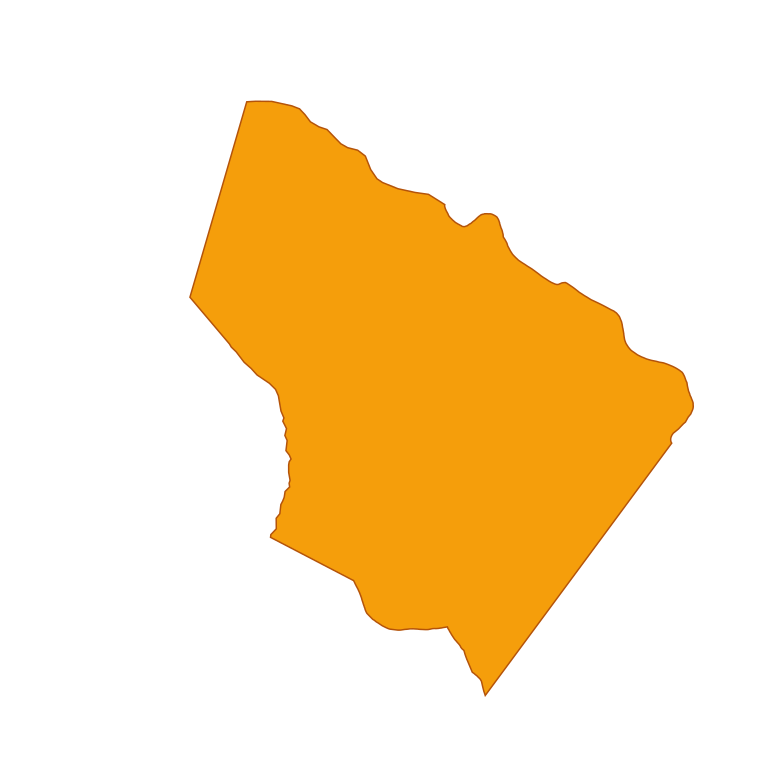 Ponyon, Choiseul, Saint Lucia (Mercator projection), rotated 304°
{"feature_id": "8701671B8071500438377", "entity_name": "Ponyon", "entity_type": "district", "adm_level": 2, "iso_a3": "LCA", "parent_name": "Saint Lucia", "parent_adm1": "Choiseul", "projection": "mercator", "projection_center": [-61.043, 13.797], "detail": "fine", "context": "isolated", "style": "filled", "palette": "amber", "viewbox_px": 768, "rotation_deg": 304, "n_neighbors": 0, "source": "geoboundaries", "source_scale": "gbopen_adm2", "svg_char_len": 5667}
<svg xmlns="http://www.w3.org/2000/svg" viewBox="0 0 768 768"><g transform="rotate(304 384 384)"><path d="M566.7,334.1L566.1,314.8L563.5,309.5L560.2,302.7L553.7,286.4L553.1,283.6L550.2,270.1L550.2,263.4L554.3,253.1L562.5,241.1L563.1,231.4L560.0,222.8L559.6,221.7L559.0,213.9L560.6,206.1L561.4,202.4L563.1,194.5L561.1,187.3L560.8,186.1L560.2,176.4L561.7,172.0L563.1,167.9L564.2,163.0L564.9,160.1L564.3,157.6L563.1,152.2L555.5,132.9L550.2,124.9L546.7,119.6L543.6,115.5L541.2,112.4L347.4,174.6L330.8,233.4L329.2,236.8L328.0,243.5L323.8,255.9L322.6,265.2L320.5,273.7L320.5,288.6L318.9,297.1L315.2,303.0L304.0,313.7L299.9,320.0L296.6,320.9L292.5,328.1L285.9,330.6L283.0,335.3L273.9,340.0L272.2,345.1L269.8,348.9L266.5,348.9L263.6,350.2L257.4,354.4L251.6,360.0L248.7,360.8L245.8,363.4L245.2,363.2L239.6,362.1L234.3,364.6L230.2,365.5L226.4,365.9L218.2,370.2L212.4,369.7L203.7,375.7L195.9,374.4L193.4,375.7L204.0,468.8L203.1,470.4L202.6,471.2L202.2,471.9L201.7,472.7L201.3,473.6L200.9,474.1L200.7,474.6L200.1,475.7L199.6,476.7L199.2,477.4L198.4,478.6L198.1,479.2L197.0,480.9L196.4,481.7L195.3,483.3L194.8,483.9L194.3,484.7L193.4,485.7L192.8,486.4L192.3,487.0L191.2,488.5L190.1,489.8L189.2,491.0L188.8,491.6L188.1,492.4L187.4,493.5L186.8,494.1L185.9,495.3L185.1,496.6L184.6,497.5L184.3,498.1L183.9,499.9L182.9,504.7L182.6,506.2L182.7,508.2L182.5,510.1L182.5,511.2L182.6,512.4L182.6,513.6L182.6,515.2L182.6,516.9L182.6,517.8L182.8,519.2L183.0,520.8L183.2,522.2L183.4,523.2L183.6,524.4L184.0,525.8L187.5,532.7L187.9,533.4L188.8,534.7L189.4,535.5L192.3,538.6L193.3,539.9L194.4,541.2L195.3,542.2L195.7,542.7L196.3,543.6L197.3,545.0L198.1,546.4L199.6,548.9L200.4,550.5L203.8,556.1L205.1,557.9L206.7,559.5L208.2,560.9L209.4,562.4L210.3,563.9L211.9,565.9L212.8,566.8L214.1,568.3L214.8,568.9L218.1,572.4L217.1,573.7L216.4,575.4L215.7,576.6L215.3,577.4L214.7,578.8L214.1,579.9L213.6,581.1L213.0,582.5L212.3,584.2L212.0,584.9L211.6,586.2L211.3,587.5L210.9,588.8L210.5,590.4L210.2,591.6L209.8,592.8L209.5,593.6L208.8,594.7L208.2,596.3L208.1,596.8L208.0,597.5L207.8,599.2L207.2,600.0L205.4,602.1L204.5,603.3L203.5,604.6L203.0,605.4L202.2,606.4L201.6,607.4L194.4,618.4L194.4,620.5L194.1,622.5L194.1,623.8L193.7,625.6L193.5,626.9L193.2,628.2L193.1,628.9L192.7,629.6L192.3,630.6L191.4,631.7L188.3,635.0L187.4,636.0L185.0,638.7L184.4,639.5L183.5,640.7L182.4,642.1L495.9,655.6L496.1,655.0L497.0,653.7L498.7,652.4L500.1,651.8L502.4,651.3L504.9,651.3L507.8,652.2L511.5,653.3L514.6,653.8L518.6,654.5L521.0,655.2L526.5,654.7L530.6,655.1L533.3,654.6L535.4,654.2L536.9,653.7L538.4,652.9L539.8,651.8L541.1,650.9L542.4,649.3L543.7,647.3L544.6,646.1L545.8,644.0L546.8,642.9L548.4,640.5L551.4,637.3L552.3,636.4L554.5,634.4L555.7,632.4L558.3,628.9L559.7,626.4L560.4,624.7L560.6,621.1L560.6,620.5L560.5,617.9L560.3,615.7L560.0,613.5L559.4,610.5L559.0,608.6L558.7,607.3L557.9,604.2L557.3,602.7L556.0,599.9L555.2,597.4L553.2,592.6L552.3,590.0L551.5,587.4L551.1,585.1L550.5,582.4L550.2,580.2L549.9,577.8L550.0,574.4L550.0,571.5L550.2,569.3L551.2,565.9L552.2,563.6L553.0,561.8L554.1,560.3L554.5,559.7L555.4,558.6L557.6,556.5L558.5,555.7L558.9,555.3L559.6,554.8L561.6,552.9L562.1,552.4L563.5,551.1L564.3,550.2L566.6,548.1L568.6,545.9L569.2,544.9L569.6,544.3L571.3,541.8L571.9,540.4L572.4,538.6L572.7,537.7L572.9,536.5L572.9,535.0L573.0,533.8L572.5,530.6L572.2,527.4L571.9,524.4L571.6,521.7L571.3,519.3L570.9,516.3L570.4,513.2L570.3,512.4L570.1,511.2L569.7,508.7L569.6,506.2L569.5,503.3L569.4,502.2L569.3,500.1L569.3,497.3L569.2,494.9L569.7,488.7L569.8,486.1L569.8,483.1L569.8,480.8L569.8,479.2L569.5,477.5L568.5,476.3L568.0,475.7L567.2,474.9L564.2,473.0L563.2,471.8L562.6,470.2L562.4,469.3L561.8,465.9L561.7,464.4L561.6,462.7L561.6,461.2L561.6,459.2L561.5,457.2L561.5,456.0L561.5,455.2L561.5,454.0L561.7,451.3L561.8,449.7L561.9,447.2L561.9,446.7L562.0,445.7L562.0,444.6L562.1,442.1L562.0,439.5L561.9,437.6L561.9,435.4L561.9,433.6L561.8,431.1L561.8,429.6L561.8,427.2L561.8,426.2L562.1,424.6L562.2,424.0L562.4,422.7L562.5,422.2L562.9,420.2L563.3,418.5L563.5,417.8L563.8,417.1L564.3,416.0L564.7,415.0L565.2,414.0L565.6,413.2L566.1,412.3L566.5,411.6L567.0,410.6L567.6,409.4L568.4,408.5L568.7,408.1L569.4,407.3L570.2,405.8L570.9,404.5L571.5,403.3L572.6,400.7L574.8,398.9L575.2,398.4L575.7,397.8L576.3,397.2L576.9,396.6L577.5,395.8L577.8,395.4L578.2,394.8L578.6,394.2L579.0,393.5L579.4,393.0L580.0,392.4L580.5,391.6L581.0,391.1L581.4,390.5L581.9,390.0L582.5,389.5L582.9,388.8L583.4,388.3L583.8,387.6L584.3,387.0L584.6,386.4L584.9,385.6L585.2,385.1L585.5,384.4L585.6,383.8L585.6,382.8L585.6,382.0L585.5,380.9L585.3,379.5L585.2,378.8L585.0,378.1L584.7,377.3L584.4,376.7L583.8,375.9L583.3,375.2L583.1,374.8L582.8,374.2L582.5,373.8L582.1,373.3L581.8,372.8L581.5,372.3L580.7,371.7L580.0,371.1L579.6,370.5L578.9,370.2L578.3,369.7L577.6,369.5L576.9,369.3L576.2,369.0L575.6,368.8L575.1,368.7L574.3,368.5L573.5,368.3L572.9,368.2L572.4,368.1L571.5,367.9L570.6,367.7L569.8,367.5L569.3,367.2L568.6,367.0L568.0,366.8L567.1,366.6L566.0,366.3L565.2,366.0L564.5,365.5L563.6,365.2L562.6,364.8L561.7,364.5L561.1,364.0L560.3,363.4L559.6,362.9L559.3,362.5L559.0,362.0L558.7,361.4L558.4,360.6L558.4,359.9L558.4,359.2L558.2,358.0L558.2,357.2L558.1,356.5L558.0,355.8L558.0,354.8L557.9,354.1L557.9,353.4L557.9,352.4L558.0,351.8L558.1,351.0L558.2,350.2L558.3,349.3L558.4,348.6L558.6,347.9L558.7,347.3L558.8,346.7L558.9,346.2L559.1,345.4L559.3,344.6L559.6,343.8L559.9,343.2L560.3,342.6L560.7,342.0L561.1,341.4L561.3,340.9L561.6,340.4L561.9,339.7L562.2,339.2L562.6,338.4L562.9,338.0L563.2,337.5L563.5,337.0L563.9,336.6L564.2,336.1L564.9,335.3L565.4,334.8L566.0,334.4L566.7,334.1Z" fill="#f59e0b" stroke="#b45309" stroke-width="1.5"/></g></svg>